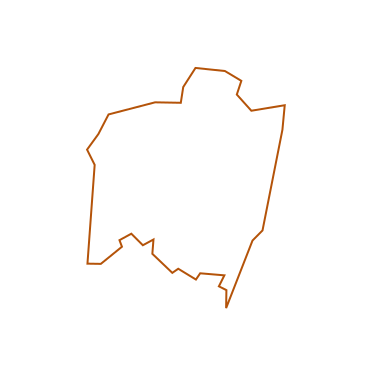 Wirt, West Virginia, United States of America, rotated 142°
{"feature_id": "52423323B46125568158444", "entity_name": "Wirt", "entity_type": "district", "adm_level": 2, "iso_a3": "USA", "parent_name": "United States of America", "parent_adm1": "West Virginia", "projection": "orthographic", "projection_center": [-81.353, 39.041], "detail": "fine", "context": "isolated", "style": "outline", "palette": "amber", "viewbox_px": 384, "rotation_deg": 142, "n_neighbors": 0, "source": "geoboundaries", "source_scale": "gbopen_adm2", "svg_char_len": 553}
<svg xmlns="http://www.w3.org/2000/svg" viewBox="0 0 384 384"><g transform="rotate(142 192 192)"><path d="M236.6,79.5L174.2,116.5L160.1,118.3L82.4,185.4L65.5,203.3L95.2,219.5L96.7,241.2L84.7,249.2L91.6,267.1L112.9,287.6L134.3,280.1L145.9,269.2L165.9,285.4L210.0,304.5L230.1,295.3L248.6,290.0L252.0,273.3L318.5,199.9L308.1,191.5L280.9,192.0L278.8,198.7L265.5,196.5L263.5,180.3L251.6,178.3L261.3,167.7L257.3,140.4L250.1,140.0L242.8,120.6L235.6,122.9L217.8,106.4L228.9,101.1L225.3,93.5L236.6,79.5Z" fill="none" stroke="#b45309" stroke-width="2"/></g></svg>